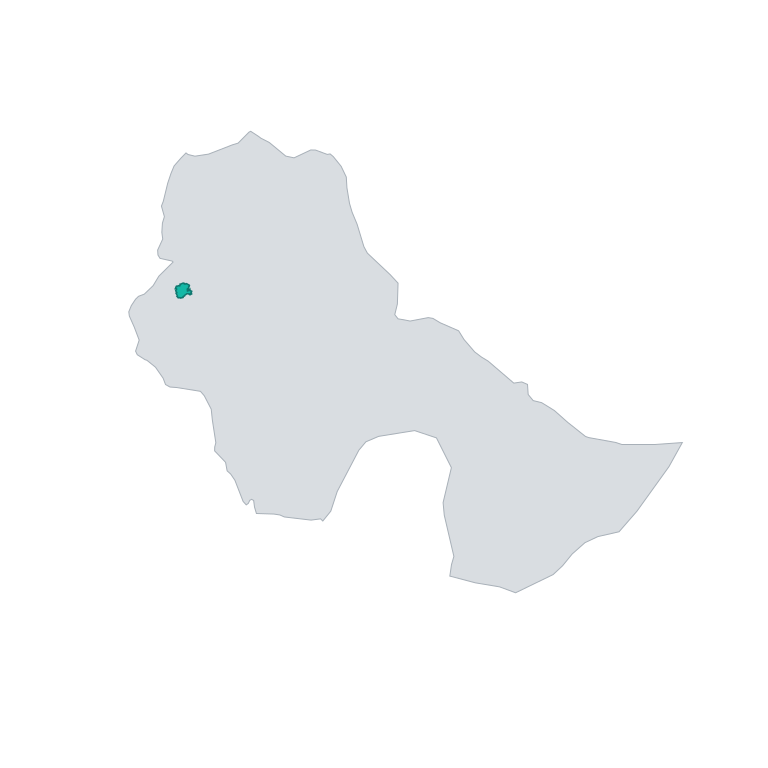 Vectilžas pag., Balvu, Latvia shown in context, rotated 209°
{"feature_id": "27541924B22199662205944", "entity_name": "Vectilžas pag.", "entity_type": "district", "adm_level": 2, "iso_a3": "LVA", "parent_name": "Latvia", "parent_adm1": "Balvu", "projection": "albers", "projection_center": [27.36, 56.987], "detail": "fine", "context": "in_parent", "style": "filled", "palette": "teal", "viewbox_px": 768, "rotation_deg": 209, "n_neighbors": 0, "source": "geoboundaries", "source_scale": "gbopen_adm2", "svg_char_len": 4635}
<svg xmlns="http://www.w3.org/2000/svg" viewBox="0 0 768 768"><g transform="rotate(209 384 384)"><path d="M542.7,559.1L538.6,558.3L527.0,553.6L517.3,546.7L511.6,537.7L501.7,525.2L495.2,518.8L485.0,510.7L468.1,494.3L462.0,490.4L431.5,482.6L420.6,479.0L411.1,460.5L408.2,449.9L403.3,447.8L397.7,449.8L391.7,451.7L377.5,463.5L373.0,465.1L364.5,464.8L344.5,466.7L335.6,461.7L320.2,456.0L311.7,454.8L304.1,454.5L270.9,447.7L264.5,452.6L258.3,453.2L252.8,444.7L245.5,441.8L237.1,444.1L222.2,443.4L204.7,439.5L182.3,435.8L178.9,436.4L153.0,445.2L146.7,446.4L117.9,462.3L94.7,477.4L94.7,449.9L101.1,395.4L106.8,368.7L122.9,354.3L131.3,342.7L137.0,326.6L139.7,311.6L143.7,299.3L167.7,265.2L184.6,262.6L207.7,254.4L233.3,247.9L237.4,258.8L239.3,267.1L267.7,298.5L274.8,308.9L284.5,343.5L312.0,362.3L334.6,358.1L344.7,350.2L363.3,335.6L371.8,324.7L373.9,313.9L372.8,267.3L368.9,247.0L371.1,234.5L374.1,235.3L381.8,229.6L406.7,219.4L411.5,219.0L417.2,216.9L432.8,208.9L437.6,213.6L441.5,218.9L443.8,219.0L445.0,217.2L444.8,213.8L445.9,211.5L450.3,213.0L467.7,227.5L474.4,230.9L479.1,232.0L484.6,238.7L499.7,243.4L501.5,246.8L502.6,251.1L516.6,269.2L522.9,278.2L535.5,286.6L541.0,288.6L563.4,280.5L569.7,277.6L574.8,277.6L580.0,282.0L592.0,287.9L602.8,289.8L604.8,289.4L614.0,290.0L617.2,292.3L619.4,303.7L629.9,312.6L639.7,320.0L642.2,323.4L643.0,330.0L642.4,337.7L641.2,341.7L637.2,346.4L633.6,358.1L633.2,369.2L627.6,388.4L628.9,388.8L640.8,385.3L644.2,387.2L646.9,391.4L647.8,403.5L651.8,408.9L655.8,417.3L657.2,423.9L664.9,431.7L665.6,436.8L670.5,454.7L672.4,465.0L673.3,473.0L671.1,483.2L669.2,490.1L666.7,489.7L659.8,491.6L648.9,500.0L632.6,519.6L628.4,523.9L624.2,538.8L623.1,540.4L613.5,539.7L610.9,539.3L601.3,539.6L580.4,535.7L572.3,538.2L561.5,553.2L557.3,555.4L544.9,557.3L542.7,559.1Z" fill="#d9dde1" stroke="#a8b0b8" stroke-width="1"/><path d="M610.6,372.2L610.5,371.8L610.4,371.6L610.2,371.3L610.1,370.9L610.3,370.7L610.5,370.7L610.9,370.6L611.1,370.5L611.2,370.4L611.3,370.4L611.4,370.2L611.5,370.1L611.9,369.8L612.0,369.7L612.1,369.4L612.2,369.2L612.3,369.2L612.5,369.0L612.8,368.9L613.0,368.9L613.0,368.6L613.0,368.2L612.9,367.9L612.9,367.7L612.9,367.4L612.8,367.2L612.8,366.7L612.7,366.6L612.7,366.3L612.7,366.2L612.5,366.3L612.4,366.4L612.2,366.5L611.9,366.7L611.8,366.8L611.7,366.8L611.6,366.7L611.5,366.4L611.5,366.2L611.4,366.0L611.2,365.9L611.3,365.5L611.3,365.4L611.4,365.2L611.5,364.7L611.3,364.5L610.8,364.2L610.4,364.0L609.9,363.7L609.4,363.4L609.6,363.0L609.9,362.6L609.6,362.4L609.0,362.0L608.5,361.7L608.0,361.3L607.6,361.0L607.4,360.8L607.4,360.7L607.5,360.3L607.4,360.3L607.2,360.2L606.9,360.0L606.6,359.9L606.4,359.9L606.2,359.8L606.0,359.7L606.0,359.8L605.6,360.0L605.3,360.1L604.8,360.3L604.6,360.4L604.3,360.6L603.8,360.8L603.8,360.7L603.7,360.5L603.3,360.7L603.2,360.8L603.1,361.2L603.0,361.3L602.4,361.5L602.2,361.9L601.7,362.3L601.8,362.4L602.0,362.5L602.1,363.0L601.9,363.4L601.8,363.7L601.4,364.0L601.2,364.2L601.1,364.3L601.2,364.7L601.2,364.9L601.2,365.1L601.2,365.3L600.7,366.1L600.6,366.3L600.5,366.7L600.4,367.0L600.3,367.3L600.1,367.5L599.9,367.5L599.6,367.7L599.3,367.8L599.0,367.9L598.8,368.0L598.4,368.2L597.9,368.4L597.6,368.3L597.8,368.3L597.8,368.2L598.0,368.2L597.9,368.0L597.7,367.9L597.4,367.9L597.2,367.9L597.1,368.0L596.9,368.1L596.7,368.2L596.7,368.4L596.6,368.5L596.2,369.1L596.3,369.1L596.6,369.4L596.6,369.8L596.4,370.0L596.8,370.3L597.0,370.4L597.0,370.5L597.1,370.4L597.1,370.6L597.1,370.8L597.2,371.0L597.2,371.4L597.3,371.7L597.3,371.8L597.7,371.7L597.8,371.8L598.0,371.9L598.4,371.9L598.6,371.8L599.1,371.6L599.4,371.5L599.3,372.1L599.3,372.3L599.5,372.5L599.8,372.9L599.9,372.6L600.0,372.3L600.1,372.2L600.3,371.7L600.5,371.4L600.6,371.1L600.7,370.9L600.9,371.0L600.9,370.9L600.8,370.7L600.7,370.6L600.6,370.4L600.6,370.2L600.8,370.1L601.0,370.0L601.3,370.5L601.6,370.9L601.9,371.3L601.5,371.6L601.8,371.9L602.0,372.2L601.7,372.4L601.5,372.6L601.6,373.0L601.5,373.3L601.5,373.5L601.6,373.9L601.6,374.0L601.7,374.3L601.7,374.5L601.8,374.5L602.0,374.5L602.0,374.9L602.0,375.2L601.9,375.3L601.9,375.5L601.9,375.8L602.1,376.0L602.8,376.1L603.2,376.1L603.4,376.0L603.6,376.0L603.8,376.0L604.1,376.0L604.5,376.0L605.0,376.1L605.3,376.1L605.5,375.9L605.6,375.7L605.9,375.3L606.2,375.2L606.3,375.1L606.5,375.0L606.8,375.2L607.0,375.0L607.1,374.9L607.4,374.8L607.4,374.7L607.5,374.7L607.6,374.8L607.8,375.0L608.0,375.2L608.3,375.0L608.6,374.8L608.7,374.7L608.8,374.6L609.1,374.4L609.2,374.2L609.3,374.1L609.5,373.8L609.5,373.7L609.7,373.4L609.8,373.3L609.9,373.2L610.2,372.7L610.3,372.7L610.5,372.7L610.8,372.4L610.6,372.2Z" fill="#14b8a6" stroke="#0f766e" stroke-width="1.5"/></g></svg>